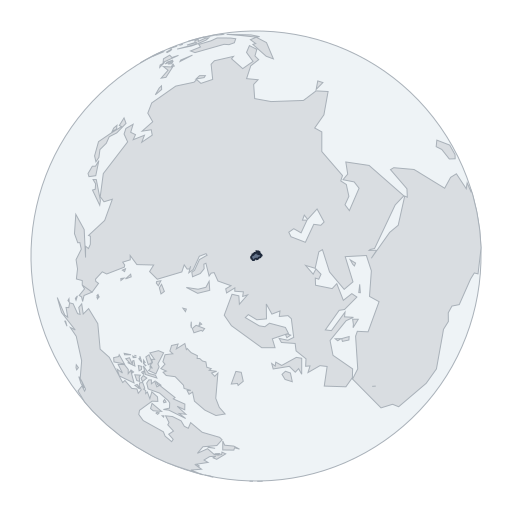 the Earth from above Udmurt, rotated 235°
{"feature_id": "RUS-2387", "entity_name": "Udmurt", "entity_type": "Republic", "adm_level": 1, "iso_a3": "RUS", "parent_name": "Russia", "parent_adm1": "", "projection": "orthographic", "projection_center": [52.789, 57.2], "detail": "fine", "context": "on_globe", "style": "filled", "palette": "slate", "viewbox_px": 512, "rotation_deg": 235, "n_neighbors": 0, "source": "natural_earth", "source_scale": "10m", "svg_char_len": 13535}
<svg xmlns="http://www.w3.org/2000/svg" viewBox="0 0 512 512"><g transform="rotate(235 256 256)"><circle cx="256" cy="256" r="225" fill="#eef3f6" stroke="#a8b0b8"/><path d="M221.6,33.4L223.5,33.1L234.7,31.9L247.6,32.8L249.4,38.9L243.6,38.1L244.7,40.0L252.0,41.3L256.6,41.8L270.2,53.1L293.3,62.7L303.9,62.9L299.0,65.5L321.3,64.3L336.0,69.4L317.3,65.5L313.9,66.7L322.8,70.9L321.1,73.0L324.5,76.5L321.7,78.8L311.1,76.8L309.1,78.4L315.5,81.3L316.8,85.8L307.6,81.2L308.9,88.7L291.3,87.6L269.1,74.9L257.2,77.7L228.8,74.2L229.2,77.2L218.8,78.3L215.4,82.2L211.1,80.8L212.2,85.3L216.8,85.8L218.8,88.1L217.3,90.6L211.5,89.1L211.4,87.6L208.9,88.5L206.6,86.7L206.9,89.0L200.0,87.2L204.5,92.8L197.1,94.5L193.2,92.2L196.7,87.6L196.4,72.1L193.5,69.1L185.9,69.2L165.1,79.3L160.6,78.2L152.3,80.4L153.3,83.0L160.1,82.3L159.9,88.0L168.3,86.9L169.5,89.2L176.9,90.3L172.4,95.5L163.9,100.1L157.6,99.6L153.7,101.7L157.0,106.9L142.5,110.8L128.3,122.2L124.9,122.8L123.2,115.2L130.2,103.1L128.0,94.8L125.9,105.8L117.5,107.9L114.6,110.7L113.1,114.1L114.9,115.6L111.3,117.7L112.0,107.2L115.3,105.1L115.1,108.3L118.3,102.9L118.7,96.4L114.4,98.3L119.6,87.8L116.6,89.1L116.0,87.8L120.5,86.3L112.6,89.1L118.0,79.9L107.3,86.8L121.6,76.1L129.0,70.6L137.1,65.0L135.4,65.9L148.4,58.1L151.9,56.2L168.5,48.4L185.8,41.9L203.5,36.9L221.6,33.4ZM103.0,91.2L106.0,88.4L103.5,90.9L103.0,91.2ZM258.9,41.7L252.3,41.2L246.4,39.4L252.0,39.5L258.9,41.7ZM270.0,46.4L266.4,46.5L265.6,43.8L267.8,44.5L270.0,46.4ZM311.9,62.7L306.9,60.9L312.3,62.0L311.9,62.7ZM325.4,76.5L327.4,76.4L328.3,78.3L325.4,76.5ZM178.9,87.5L177.9,88.9L177.0,87.9L178.9,87.5ZM183.0,86.7L182.7,84.6L184.7,84.0L184.8,85.3L183.0,86.7ZM324.9,83.7L325.8,86.9L323.0,83.2L324.9,83.7ZM182.9,89.5L188.1,83.1L191.5,82.1L194.9,86.3L182.9,89.5ZM325.1,88.5L327.4,96.7L331.9,97.0L320.4,101.0L322.3,92.5L318.2,87.9L322.6,89.7L325.1,88.5ZM218.9,85.0L213.9,84.4L219.5,82.6L218.9,85.0ZM222.0,83.3L236.2,75.2L242.8,77.4L236.7,79.5L246.3,80.9L242.5,85.9L236.4,86.3L232.9,83.8L234.1,87.7L222.0,83.3ZM313.7,102.1L312.7,103.9L311.7,101.6L313.7,102.1ZM220.0,88.8L222.3,86.9L228.2,88.6L224.7,92.9L223.9,90.9L220.0,88.8ZM250.7,78.9L254.4,81.1L252.4,85.8L253.6,87.3L243.0,86.3L250.7,78.9ZM221.8,91.8L222.7,95.1L218.6,96.6L218.2,90.9L221.8,91.8ZM231.2,87.4L233.8,88.4L231.2,89.2L231.2,87.4ZM204.3,104.2L206.9,101.5L210.2,102.2L204.3,104.2ZM223.4,96.2L224.8,95.7L226.4,95.7L226.1,98.1L223.4,96.2ZM242.3,89.7L240.7,91.3L246.5,90.4L245.2,94.0L238.4,92.7L240.8,94.8L240.4,96.0L235.3,93.7L242.3,89.7ZM230.6,100.7L221.5,100.7L216.0,105.3L212.9,104.8L222.4,97.5L230.6,100.7ZM233.8,96.8L231.1,99.1L228.7,97.1L229.0,94.4L233.8,96.8ZM246.8,97.0L250.5,91.7L251.9,92.2L246.8,97.0ZM229.5,102.4L231.7,102.4L229.4,103.0L229.5,102.4ZM242.0,99.0L243.2,97.1L244.7,97.7L242.0,99.0ZM235.2,104.2L232.3,104.1L232.4,102.1L235.2,104.2ZM238.7,102.1L240.5,103.4L234.2,101.5L239.0,101.1L238.7,102.1ZM243.3,99.9L244.5,99.6L242.6,100.7L243.3,99.9ZM236.5,111.7L228.4,109.8L228.7,105.4L236.5,107.9L236.5,111.7ZM133.6,445.1L114.0,427.6L116.9,425.1L114.1,418.6L99.6,394.6L102.6,387.8L99.2,380.9L92.0,376.0L88.4,367.5L84.2,363.4L60.0,339.0L54.1,322.4L50.7,286.4L56.2,282.8L59.9,271.3L99.8,264.5L105.2,274.6L133.2,291.6L136.2,295.8L129.6,304.3L148.0,330.6L157.8,325.8L177.7,342.0L193.1,346.7L204.3,328.7L179.2,320.6L178.1,309.1L200.8,307.1L223.1,314.1L223.4,309.9L212.0,297.4L219.9,291.2L208.3,292.4L211.0,297.7L203.8,298.8L201.0,294.1L203.9,291.9L197.9,288.0L185.6,299.7L187.0,306.3L169.6,302.1L170.2,312.9L164.5,315.1L161.4,297.8L163.8,293.0L155.7,270.4L151.6,275.0L159.0,296.8L155.4,293.6L149.9,300.6L151.3,292.7L144.3,268.2L130.5,262.1L108.1,270.4L101.1,265.2L97.3,254.6L110.3,237.3L124.7,250.9L129.5,245.5L130.7,231.7L135.0,237.2L137.2,233.4L143.1,238.0L155.3,234.4L161.9,237.9L170.6,227.2L175.2,227.7L168.7,233.8L167.7,240.2L184.4,249.0L188.8,248.0L193.1,240.4L197.2,244.1L199.3,235.7L210.8,236.9L198.5,228.5L203.3,220.1L212.4,216.1L211.7,211.9L196.9,218.6L193.0,222.7L193.2,228.5L180.6,239.1L174.0,238.2L178.8,221.9L170.0,219.0L177.6,208.1L213.0,195.9L225.7,196.0L238.4,214.4L233.2,219.1L226.0,214.7L229.0,226.8L230.5,221.9L233.9,225.1L239.3,218.4L242.0,220.4L242.6,210.7L246.5,212.4L246.0,218.5L257.3,210.5L266.4,212.2L267.7,209.4L266.5,206.1L278.8,210.8L279.2,208.6L275.3,206.2L273.6,200.3L275.4,192.1L279.5,194.1L279.5,197.4L285.5,207.6L284.7,216.4L286.6,216.4L288.3,209.4L280.9,196.8L280.8,191.3L285.1,196.6L283.5,194.2L284.8,192.1L289.9,192.1L285.5,186.1L293.6,161.8L304.3,159.9L307.3,167.0L317.3,153.5L328.6,153.2L325.0,150.8L327.4,143.3L323.9,143.3L322.4,141.7L326.9,123.4L331.2,121.0L329.1,111.3L327.2,110.2L323.9,111.3L320.4,101.0L331.9,97.0L335.5,99.6L340.2,95.7L347.8,102.4L356.2,106.5L361.8,116.8L368.0,119.4L369.1,117.6L378.4,120.1L393.5,132.3L376.2,130.4L352.5,115.5L361.8,122.0L358.2,123.0L360.6,127.0L367.2,131.7L368.9,130.6L371.9,152.4L384.9,170.9L387.6,162.6L393.9,162.4L411.1,178.2L423.1,216.3L431.6,217.9L435.1,222.6L434.4,230.9L429.2,224.3L424.5,226.9L421.7,222.1L418.9,233.9L414.7,227.6L414.5,240.3L419.5,242.6L423.6,234.3L425.2,248.4L435.1,249.3L441.2,258.4L441.2,287.7L433.9,304.9L434.5,308.6L429.0,309.9L425.5,321.8L438.8,329.2L439.8,333.9L432.4,352.1L431.6,349.1L417.1,352.6L417.1,365.2L428.2,365.0L432.1,371.3L424.8,375.2L420.5,369.9L415.3,370.8L414.8,360.8L406.7,350.0L399.2,358.8L397.9,352.5L385.7,345.2L373.8,357.0L356.2,384.1L356.8,399.9L349.4,409.4L332.7,392.6L327.2,377.5L319.9,381.1L303.8,369.8L272.3,373.0L268.9,368.5L262.8,371.0L251.6,366.3L246.9,358.3L239.6,358.5L252.4,379.3L260.4,378.9L268.6,371.0L270.5,378.1L281.5,383.5L265.3,400.6L220.5,411.6L218.0,399.3L194.1,357.4L195.9,353.3L195.8,352.8L195.7,351.8L191.5,358.1L188.0,349.2L198.7,379.1L199.6,390.1L219.8,412.2L217.4,413.7L224.5,418.2L249.6,415.7L249.3,419.5L236.2,435.1L203.3,449.4L208.8,460.5L208.4,467.3L190.5,466.8L194.8,470.9L185.9,469.1L187.1,470.2L182.2,468.8L165.4,462.2L149.1,454.3L133.6,445.1ZM82.6,276.4L80.7,279.5L82.6,276.4ZM244.8,331.3L259.5,333.0L256.4,319.3L261.8,319.0L258.7,314.6L256.1,318.3L249.1,306.2L256.7,302.6L256.7,296.5L251.7,295.7L238.9,304.3L248.8,321.5L244.0,326.7L244.8,331.3ZM70.8,127.8L67.7,132.3L70.3,128.4L70.8,127.8ZM75.3,121.5L73.2,124.3L73.6,123.8L75.3,121.5ZM101.8,91.8L99.5,94.0L99.3,94.2L101.8,91.8ZM101.2,93.0L101.9,92.3L103.6,90.8L101.2,93.0ZM117.5,108.5L117.3,109.4L115.1,112.8L114.9,111.3L117.5,108.5ZM113.0,128.8L107.3,131.7L111.2,128.4L109.7,126.5L116.2,117.5L123.5,122.7L119.0,121.8L113.0,128.8ZM126.8,107.3L121.9,112.2L127.0,106.7L126.8,107.3ZM144.1,209.4L144.7,214.0L140.4,217.1L132.2,213.6L138.2,209.0L144.1,209.4ZM146.5,220.0L153.6,205.3L159.0,207.2L154.8,208.6L157.7,211.3L151.6,214.3L149.8,230.9L146.0,234.8L132.9,225.6L139.3,226.3L138.3,221.5L146.5,220.0ZM162.2,167.7L165.3,162.3L173.0,173.3L169.2,177.2L160.7,173.7L160.2,167.1L162.2,167.7ZM187.9,98.6L188.6,96.4L190.2,96.8L190.9,98.8L187.9,98.6ZM205.3,102.9L186.5,108.5L186.4,106.3L175.5,112.8L170.9,109.4L178.1,105.3L166.5,107.8L171.1,102.7L163.2,105.2L179.7,96.2L183.4,92.1L181.0,97.9L185.1,101.0L188.0,101.1L199.0,98.4L209.0,91.4L214.6,93.6L216.0,97.1L214.5,99.2L211.3,97.0L211.5,101.3L205.7,99.7L205.3,102.9ZM228.6,141.7L225.6,137.5L225.1,147.5L219.3,145.3L219.6,146.6L214.1,147.4L208.0,150.8L205.8,149.0L204.3,151.1L200.7,151.9L198.0,154.2L193.1,151.9L189.4,154.7L189.2,152.1L184.1,157.6L185.7,152.5L181.1,153.2L182.0,157.7L162.5,141.4L153.1,139.1L144.3,140.1L148.3,131.7L159.1,125.7L172.4,122.3L180.9,126.0L181.1,121.8L185.3,122.4L183.3,125.5L188.8,121.1L191.7,122.5L203.5,120.6L209.6,113.9L214.1,113.2L213.2,116.5L218.3,113.5L219.6,119.4L222.8,119.1L227.3,124.9L223.6,131.8L227.5,130.9L231.1,135.5L228.6,141.7ZM237.5,113.5L234.4,121.8L229.7,124.8L223.9,113.7L220.8,113.1L216.9,106.4L223.8,102.3L224.2,104.6L226.3,105.8L223.3,106.6L227.3,106.9L228.1,110.1L231.3,111.3L229.4,113.6L237.5,113.5ZM141.6,294.4L144.2,296.6L148.8,298.9L145.5,303.5L141.6,294.4ZM136.5,277.8L139.2,278.8L136.6,286.1L133.9,283.9L136.5,277.8ZM142.8,273.4L139.5,278.3L139.7,274.3L142.8,273.4ZM171.4,234.4L174.6,235.1L174.0,237.1L171.3,239.0L171.4,234.4ZM226.0,172.3L225.0,169.1L226.5,168.4L228.7,161.1L233.2,162.3L233.6,167.2L226.0,172.3ZM198.8,331.0L193.1,333.5L191.4,330.9L193.7,330.5L198.8,331.0ZM167.1,319.2L173.3,324.7L166.1,320.4L167.1,319.2ZM231.3,172.4L231.7,169.2L233.7,171.9L231.3,172.4ZM236.6,162.9L239.3,165.3L234.0,161.7L236.6,162.9ZM247.2,470.6L235.7,478.3L224.9,477.2L221.4,474.9L224.6,470.0L236.7,469.3L242.2,466.3L247.2,470.6ZM459.2,351.7L461.7,347.0L461.4,347.7L459.2,351.7ZM456.8,355.2L460.0,349.6L455.9,357.3L456.8,355.2ZM461.1,347.4L464.3,340.4L465.7,337.0L465.2,338.5L461.1,347.4ZM454.4,359.1L439.9,378.8L433.6,384.8L435.6,381.2L445.8,369.5L454.4,359.1ZM435.0,381.7L424.8,387.0L407.5,383.3L413.8,378.9L431.2,374.8L430.2,377.6L436.4,375.5L435.0,381.7ZM458.0,342.8L456.9,349.2L449.3,360.0L445.6,364.0L443.1,360.6L444.6,355.1L447.7,351.3L457.6,322.7L461.5,320.0L459.1,330.4L462.1,330.5L458.0,342.8ZM358.0,400.9L364.0,407.0L359.7,410.3L358.0,400.9ZM459.7,306.7L457.0,319.2L458.9,305.3L459.7,306.7ZM459.7,295.5L460.8,298.1L458.5,298.0L459.7,295.5ZM436.1,313.2L432.8,318.0L431.9,315.8L435.4,308.4L436.1,313.2ZM445.8,266.0L449.1,273.0L449.6,276.2L446.5,274.2L445.8,266.0ZM270.2,180.9L262.0,189.5L259.1,197.0L262.2,203.1L254.4,198.4L258.9,186.8L270.2,180.9ZM290.3,163.9L287.6,158.9L291.0,158.8L292.1,160.0L290.3,163.9ZM287.0,162.4L279.5,160.6L279.4,156.4L285.4,158.6L287.0,162.4ZM255.2,166.2L252.5,168.5L250.9,166.3L255.2,166.2ZM465.2,339.4L469.3,328.2L470.8,323.7L465.2,339.4ZM478.6,290.4L477.4,296.9L477.0,297.4L478.3,290.6L476.1,298.2L478.6,286.6L479.1,287.3L480.2,277.3L480.7,271.9L478.6,290.4ZM472.5,314.1L472.2,315.9L471.3,317.4L472.5,314.1ZM473.7,309.9L475.9,303.3L473.3,311.8L473.7,309.9ZM464.0,328.3L465.0,329.5L468.4,320.4L465.8,328.7L467.5,329.3L466.5,332.9L464.9,331.9L463.4,339.5L461.8,342.4L461.5,339.0L463.4,329.5L465.0,323.8L470.7,310.1L464.0,328.3ZM473.9,305.9L473.2,304.1L473.6,299.9L474.4,299.7L473.9,305.9ZM470.0,300.5L466.8,301.0L464.8,307.6L467.9,291.0L470.6,293.3L470.0,300.5ZM465.8,294.3L464.1,300.5L465.3,291.8L465.8,294.3ZM463.1,300.0L461.9,297.0L463.8,293.9L463.1,300.0ZM466.9,292.1L465.7,285.3L467.4,287.0L466.9,292.1ZM458.6,290.5L464.3,288.8L458.6,296.1L454.0,284.7L456.1,280.3L458.6,290.5ZM442.8,217.1L439.9,214.5L440.6,209.7L442.4,212.8L442.8,217.1ZM440.0,192.6L439.8,207.6L439.1,220.1L441.3,218.9L444.8,227.1L439.2,225.6L436.7,212.5L437.9,204.2L434.2,198.0L432.7,189.2L426.9,183.9L425.0,178.9L430.6,181.2L440.0,192.6ZM424.3,182.0L413.7,170.8L416.8,164.7L419.9,165.7L423.4,173.4L421.6,176.1L424.3,182.0ZM412.1,166.4L410.2,169.0L390.6,160.3L387.2,157.1L403.8,159.9L402.9,162.6L407.1,166.0L412.1,166.4ZM315.1,104.5L312.9,104.0L314.9,103.1L315.1,104.5ZM320.4,141.8L318.6,139.4L321.1,138.4L320.4,141.8ZM315.1,132.4L313.6,135.2L313.4,131.3L315.1,132.4ZM310.5,141.8L312.1,135.9L313.0,142.9L310.5,141.8Z" fill="#d9dde1" stroke="#a8b0b8" stroke-width="1"/><path d="M259.4,259.3L259.4,259.5L259.5,259.5L259.4,259.6L259.2,259.8L258.9,260.1L258.8,260.5L258.7,260.6L258.4,260.6L258.2,260.7L258.2,260.8L257.9,260.9L257.9,261.0L257.6,261.1L257.2,261.3L256.9,261.0L257.1,261.0L257.2,260.8L257.3,260.8L257.4,260.6L257.5,260.3L257.5,260.2L257.6,259.9L257.6,259.7L257.4,259.6L257.2,259.7L257.0,259.8L257.2,260.1L257.2,260.4L256.8,260.2L256.7,260.1L256.6,259.9L256.5,260.0L256.4,260.0L256.5,259.9L256.4,259.8L256.4,259.7L256.4,259.4L256.3,259.2L256.6,258.9L256.6,258.7L256.3,258.6L256.2,258.7L256.4,258.9L256.3,259.0L256.1,259.2L255.9,259.2L255.8,259.3L255.7,259.5L255.5,259.8L255.8,259.8L256.1,259.9L256.0,260.0L256.1,260.3L255.9,260.2L255.8,260.3L255.9,260.5L255.7,260.6L255.3,260.4L255.3,260.5L255.2,260.6L255.0,260.4L254.8,260.4L254.7,260.4L254.7,260.5L254.8,260.5L254.8,260.4L254.8,260.5L254.7,260.6L254.7,260.8L254.8,260.9L254.7,260.9L254.7,261.0L254.4,261.1L254.4,260.9L254.2,260.9L253.9,261.0L253.7,261.0L253.7,260.9L253.6,261.0L253.5,260.9L253.1,261.0L253.0,260.8L252.9,260.8L252.9,260.7L253.0,260.7L253.1,260.4L253.4,260.3L253.5,260.2L253.4,260.1L253.2,260.1L253.0,259.9L252.9,259.8L252.9,259.7L253.0,259.7L252.9,259.5L252.8,259.4L252.8,259.2L252.7,259.0L252.5,258.8L252.4,258.8L252.4,258.7L252.5,258.6L252.5,258.1L253.0,258.0L253.0,257.8L253.0,257.7L253.3,257.3L253.3,257.2L252.9,257.0L252.9,256.9L252.9,256.7L252.7,256.5L252.6,256.3L252.7,256.2L252.6,255.9L252.5,255.7L252.4,255.5L252.5,255.3L252.6,255.1L252.7,254.9L252.8,255.0L253.0,254.9L253.3,254.9L253.4,255.0L253.5,255.0L253.5,254.8L253.6,254.6L253.8,254.6L254.0,254.4L254.1,254.1L254.1,253.9L254.2,253.7L254.0,253.4L254.0,253.2L254.1,252.9L253.9,252.7L254.0,252.6L253.9,252.3L253.7,252.2L253.8,252.0L253.8,251.8L253.9,251.7L254.0,251.4L254.3,251.0L254.6,251.0L254.7,250.9L254.9,251.0L255.0,251.0L255.3,251.1L256.2,251.2L256.2,250.8L256.3,250.8L256.5,250.8L256.6,250.7L256.7,250.9L256.8,251.0L257.1,251.3L257.3,251.2L257.5,251.1L258.0,251.1L258.1,251.3L258.2,251.5L258.3,251.6L258.2,251.7L258.1,251.9L258.2,252.0L258.3,252.1L258.4,252.3L258.5,252.6L258.7,252.9L258.7,253.1L258.8,253.5L258.8,253.8L258.9,254.0L258.7,254.0L258.8,254.3L258.7,254.4L258.5,254.5L258.8,254.7L259.0,254.6L258.9,254.8L259.0,254.9L259.1,255.0L258.9,255.2L258.9,255.3L258.8,255.5L259.0,255.6L259.3,255.6L259.2,255.8L259.3,255.9L259.3,256.0L259.3,256.3L259.2,256.3L259.3,256.4L259.4,256.5L259.0,256.7L258.9,256.8L258.8,257.0L258.8,257.4L258.8,257.6L258.7,257.7L258.6,257.8L258.4,257.6L258.2,257.6L258.3,257.8L258.3,258.0L258.3,258.3L258.4,258.2L258.5,258.2L258.8,258.1L258.7,258.3L258.8,258.4L258.8,258.5L259.0,258.6L259.1,258.9L259.2,259.0L259.3,258.9L259.4,259.3Z" fill="#64748b" stroke="#1e293b" stroke-width="1.5"/></g></svg>